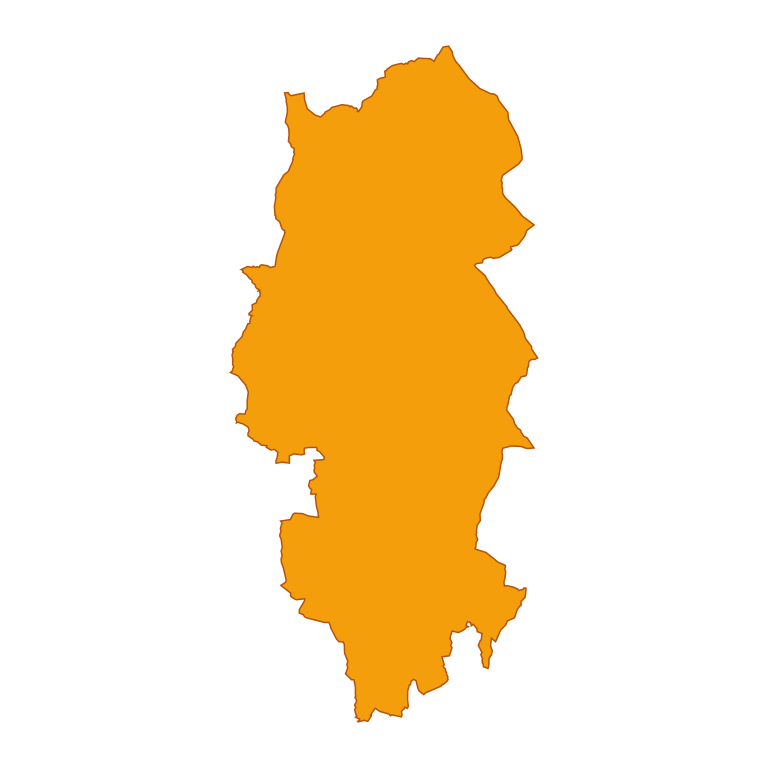 Ski nor, Akershus, Norway
{"feature_id": "86288312B53332495919573", "entity_name": "Ski nor", "entity_type": "district", "adm_level": 2, "iso_a3": "NOR", "parent_name": "Norway", "parent_adm1": "Akershus", "projection": "albers", "projection_center": [10.885, 59.725], "detail": "fine", "context": "isolated", "style": "filled", "palette": "amber", "viewbox_px": 768, "rotation_deg": 0, "n_neighbors": 0, "source": "geoboundaries", "source_scale": "gbopen_adm2", "svg_char_len": 6086}
<svg xmlns="http://www.w3.org/2000/svg" viewBox="0 0 768 768"><path d="M448.6,46.1L443.0,47.2L438.9,54.1L437.3,55.2L434.1,61.3L430.4,58.8L418.4,58.1L414.1,61.6L411.6,60.6L409.0,61.6L407.6,63.1L408.0,63.6L407.7,63.9L405.6,63.3L403.8,64.4L401.3,63.4L397.0,64.4L392.1,65.7L386.8,69.4L386.4,70.6L384.8,71.1L385.3,76.7L384.8,77.3L380.5,78.1L377.3,79.9L377.8,84.8L377.1,86.6L377.3,88.8L375.1,90.2L371.8,96.0L363.1,100.9L362.3,102.2L361.8,106.8L358.5,111.7L357.5,111.4L357.8,110.2L356.4,108.0L354.4,108.3L351.3,106.0L350.1,106.8L349.0,105.6L342.0,104.7L331.6,107.5L329.7,109.7L325.0,112.2L324.8,113.2L320.7,117.0L315.1,115.1L307.3,108.8L304.6,99.9L304.1,93.0L291.1,95.7L289.7,95.0L288.3,92.7L284.6,92.9L286.5,100.3L286.1,101.2L287.2,106.1L287.4,112.1L285.3,122.2L287.8,125.7L288.8,129.0L289.1,134.7L288.4,141.2L290.4,143.6L291.4,146.8L294.0,148.5L294.2,149.8L293.7,152.4L294.6,153.9L293.4,156.6L292.4,162.0L288.2,171.5L283.8,174.9L276.2,187.8L276.0,193.0L275.3,195.1L275.8,197.2L275.6,199.5L274.4,206.1L275.0,215.4L275.6,215.7L276.0,218.8L279.8,222.0L281.1,226.5L282.4,229.3L284.8,230.9L284.5,232.0L285.0,232.8L277.6,252.4L276.4,257.2L275.3,265.4L274.7,266.5L270.1,267.5L267.7,265.8L261.6,264.8L260.1,265.5L259.2,267.4L257.0,266.7L255.6,267.5L253.1,266.2L252.2,267.4L247.6,266.5L241.1,269.6L242.7,270.2L243.0,271.4L242.7,272.2L246.5,274.6L249.9,278.9L251.3,279.4L252.3,281.5L252.1,282.4L255.0,284.6L255.9,287.5L257.1,288.8L258.6,289.1L258.9,289.9L258.4,290.8L259.6,290.2L259.8,292.2L260.4,292.8L260.0,293.6L260.1,296.4L259.2,296.8L256.9,300.2L256.5,302.6L252.1,304.9L252.4,310.0L248.9,313.5L249.1,314.9L252.1,315.6L251.3,316.1L249.9,320.6L249.7,323.4L247.8,323.8L245.6,329.2L243.5,331.7L242.1,336.5L235.9,343.3L235.2,346.8L232.5,349.3L232.8,351.6L233.2,351.6L232.1,354.8L232.7,358.8L232.6,364.5L233.6,366.6L232.1,371.2L230.4,372.5L237.8,375.7L245.7,385.1L248.3,392.0L247.2,400.5L247.2,409.1L245.7,411.0L245.1,414.1L239.4,413.8L237.2,415.3L235.7,418.5L236.6,421.6L236.4,422.9L238.0,422.3L243.1,424.0L248.0,427.0L249.2,430.2L248.0,433.3L248.0,435.7L253.1,439.4L253.9,440.8L257.6,441.9L261.2,445.1L266.9,445.8L266.3,447.3L271.0,450.0L274.5,449.4L277.8,452.3L277.2,457.4L276.0,460.6L276.1,463.2L282.2,462.2L289.4,463.1L289.4,455.8L293.9,453.9L301.4,454.8L304.0,454.2L304.6,453.9L304.1,451.4L304.4,448.2L308.4,447.5L316.4,447.4L317.1,448.5L317.0,450.3L319.6,451.7L324.1,456.9L324.2,459.1L322.9,459.7L314.0,460.3L315.4,462.6L314.3,464.9L314.7,468.5L314.0,470.3L314.3,472.4L317.3,476.1L312.9,479.7L309.8,480.6L308.6,485.7L309.9,488.3L311.6,489.6L310.7,494.0L316.2,494.1L315.3,496.7L316.5,506.6L318.1,512.6L318.3,515.9L318.7,516.3L318.4,517.4L308.5,516.0L302.5,513.6L294.6,513.2L293.0,514.2L290.3,519.6L280.6,521.0L282.0,522.8L280.4,528.8L281.1,531.3L280.0,533.9L279.8,536.2L281.1,539.0L282.3,547.1L281.1,551.1L282.2,555.9L281.1,558.7L281.4,562.4L283.5,568.4L286.2,580.0L285.7,582.1L280.8,585.4L290.8,593.2L290.5,595.4L290.9,596.5L294.3,598.8L296.6,599.7L304.7,598.8L304.6,600.6L299.3,609.7L299.3,613.1L303.0,614.5L304.6,616.7L307.0,618.0L324.8,622.5L328.8,622.4L330.4,625.6L330.6,627.6L336.3,638.7L338.8,641.6L343.3,642.1L344.3,644.5L344.6,653.3L347.8,661.2L346.9,664.2L347.7,668.1L345.5,673.8L351.4,679.7L353.9,679.8L354.4,681.5L355.4,687.3L355.4,694.7L355.8,696.2L354.9,697.4L355.8,698.1L356.5,700.4L355.8,703.5L354.8,704.2L354.8,705.6L356.0,707.6L354.9,709.0L354.8,710.2L355.9,714.5L356.9,716.1L355.5,717.3L359.6,719.0L358.8,721.0L357.7,721.3L358.3,721.9L364.1,720.3L367.9,721.3L371.3,716.0L371.4,715.2L370.5,715.0L375.2,708.2L379.7,711.4L389.0,714.1L390.5,715.8L391.6,714.8L401.4,716.8L402.0,714.7L401.5,711.3L404.2,708.8L404.7,707.1L407.1,708.4L408.3,706.5L407.6,700.1L407.7,691.0L409.2,685.2L410.5,684.6L411.1,681.4L413.7,679.4L416.0,680.6L418.0,688.7L419.2,691.1L423.8,694.6L425.6,692.8L441.3,686.0L442.2,684.4L443.2,684.5L447.2,681.0L448.1,679.6L447.7,678.9L447.8,676.6L446.7,674.8L446.5,672.4L445.7,671.4L445.4,669.0L443.3,666.6L443.5,665.3L444.3,665.0L441.9,656.8L449.4,655.8L452.0,647.6L450.6,645.5L451.8,642.9L450.0,638.0L452.0,631.1L458.4,632.5L461.4,631.2L465.1,628.9L465.8,627.6L468.3,626.7L466.1,625.5L467.0,622.4L467.9,621.6L470.8,622.9L471.3,625.8L473.3,624.3L476.9,628.7L477.3,631.7L482.0,633.5L481.2,639.9L480.2,640.7L478.3,645.3L482.0,652.6L480.8,654.5L482.5,658.7L482.0,660.4L482.5,661.4L482.2,662.7L483.0,663.7L483.5,666.8L488.1,668.4L488.9,664.9L489.0,658.5L491.4,654.8L492.3,650.8L490.6,646.1L491.4,638.2L495.6,641.7L500.7,630.0L505.7,624.9L507.4,620.9L514.5,617.8L517.3,609.5L519.8,606.0L520.8,605.7L521.3,603.9L520.6,602.1L525.0,597.4L525.7,593.2L526.0,588.2L524.1,587.9L522.8,589.4L518.8,590.5L517.4,588.9L513.2,587.1L507.3,585.7L504.5,586.0L503.9,582.2L505.0,578.1L505.7,571.9L504.8,568.5L505.5,565.8L505.3,565.4L497.9,562.1L486.1,552.5L475.1,549.0L475.8,547.0L476.1,542.5L477.7,539.6L476.0,534.8L476.7,532.6L476.4,531.5L477.2,525.4L480.3,520.6L479.9,514.1L483.8,503.3L484.4,499.3L485.7,498.2L488.0,493.4L494.2,485.4L498.7,477.0L501.4,461.1L502.3,459.8L502.6,455.5L501.9,452.0L502.6,448.3L511.1,446.0L520.7,446.4L526.9,448.5L534.0,448.0L527.2,438.0L523.7,436.2L521.0,431.9L520.7,430.3L517.4,427.9L514.7,423.8L513.4,419.3L506.9,410.4L506.8,407.8L508.1,403.9L509.2,397.6L510.0,395.4L510.9,394.9L512.7,387.5L514.9,383.9L518.0,382.1L521.1,376.9L525.8,375.8L526.6,374.5L527.6,367.4L528.4,366.6L528.7,362.4L529.4,360.9L531.9,359.3L534.6,359.5L537.6,357.9L531.7,349.2L531.5,346.5L525.5,338.6L523.6,332.1L519.4,324.5L507.8,309.1L506.7,306.6L496.4,294.0L493.9,289.0L489.1,282.6L484.8,275.4L475.4,266.9L474.6,265.3L476.4,263.6L482.4,262.7L483.0,259.9L485.2,258.3L490.6,257.2L493.1,258.3L499.3,257.4L511.2,250.4L511.8,249.5L510.7,248.0L510.7,246.8L517.1,245.3L518.9,243.8L524.7,236.1L526.9,230.3L534.1,224.9L522.5,216.2L515.2,207.2L505.3,197.7L502.7,193.6L502.5,188.3L501.8,186.3L502.2,182.3L501.1,181.1L502.4,175.5L518.6,164.0L521.8,159.8L522.2,158.0L521.0,148.6L517.7,136.5L508.6,119.6L507.8,112.2L499.1,101.1L497.1,96.1L494.2,94.0L490.6,93.7L479.7,88.5L468.8,78.5L459.2,65.3L455.6,61.4L452.8,55.4L452.2,51.7L448.6,46.1Z" fill="#f59e0b" stroke="#b45309" stroke-width="1.5"/></svg>